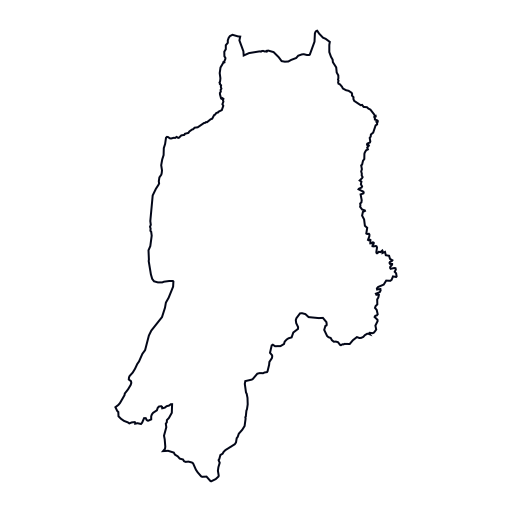 Quipile, Cundinamarca, Colombia
{"feature_id": "7082276B57635529739763", "entity_name": "Quipile", "entity_type": "district", "adm_level": 2, "iso_a3": "COL", "parent_name": "Colombia", "parent_adm1": "Cundinamarca", "projection": "orthographic", "projection_center": [-74.547, 4.71], "detail": "fine", "context": "isolated", "style": "outline", "palette": "ink", "viewbox_px": 512, "rotation_deg": 0, "n_neighbors": 0, "source": "geoboundaries", "source_scale": "gbopen_adm2", "svg_char_len": 6033}
<svg xmlns="http://www.w3.org/2000/svg" viewBox="0 0 512 512"><path d="M163.1,451.1L168.1,450.8L173.8,452.6L174.9,454.6L177.8,456.4L179.7,458.6L183.0,459.5L184.0,461.2L185.6,461.9L188.4,461.6L191.9,462.5L193.1,463.4L195.9,469.7L197.7,472.4L201.2,476.4L202.2,476.8L206.5,476.6L210.5,481.1L211.2,481.3L215.7,479.1L218.5,476.5L218.7,475.5L217.9,470.8L218.4,467.2L219.7,462.8L218.6,460.1L219.3,459.0L220.4,455.0L222.6,453.7L223.6,451.9L225.4,450.1L234.8,444.2L236.0,442.4L236.7,438.2L237.7,436.9L238.8,433.7L242.3,429.7L244.6,426.0L245.6,418.6L245.3,417.2L245.8,416.6L246.4,410.7L247.0,409.1L247.7,404.4L247.5,397.9L246.7,393.8L246.0,392.5L244.8,383.9L245.3,381.1L251.8,379.6L252.8,379.0L257.3,373.7L259.6,373.1L263.1,373.2L264.5,372.5L267.0,372.1L267.5,371.4L269.1,364.9L269.4,361.9L271.9,358.1L272.2,356.7L272.1,355.3L270.0,352.8L271.7,345.4L272.8,344.7L275.0,346.2L280.5,346.1L284.0,344.0L284.7,341.6L286.7,339.5L288.5,338.3L291.6,337.4L293.3,332.5L298.0,328.9L298.1,327.1L296.2,323.1L295.8,320.1L296.4,318.2L300.0,313.4L302.0,313.2L305.4,314.1L308.6,317.1L318.8,318.1L322.9,317.9L326.4,322.1L326.6,323.3L326.7,325.0L326.4,325.5L325.4,325.9L324.2,329.9L327.1,336.0L328.5,337.2L330.7,338.0L331.9,340.2L333.8,341.7L335.9,341.6L338.0,342.2L340.2,345.0L340.9,345.2L342.5,344.3L343.6,344.4L344.4,343.9L349.7,344.0L352.9,340.2L356.9,337.1L359.4,338.0L361.1,337.9L363.3,336.9L364.8,335.2L367.1,333.8L368.3,333.7L369.8,334.3L369.2,333.4L369.6,332.8L372.6,333.2L373.9,332.6L375.2,331.0L376.2,329.5L375.4,325.6L377.6,321.1L377.5,319.8L374.6,317.0L375.3,315.8L376.8,315.4L377.7,314.3L376.7,309.9L375.0,307.9L375.6,306.1L377.3,304.4L377.2,299.4L378.3,297.6L378.9,294.9L378.2,294.6L376.4,294.8L375.9,293.7L379.7,292.2L380.6,290.5L380.4,289.0L377.1,289.5L376.9,288.4L378.1,287.0L383.7,284.6L386.2,280.6L390.3,280.8L391.6,279.8L393.0,276.4L396.1,277.0L396.6,276.4L396.1,273.3L394.7,271.8L395.8,269.5L395.5,268.2L394.3,268.0L390.7,268.8L390.1,267.9L390.3,266.7L392.1,264.7L392.1,264.0L390.0,263.9L389.5,262.9L389.9,262.0L392.0,260.9L392.4,260.3L390.0,258.9L389.1,255.8L385.8,255.2L385.0,251.9L382.5,253.0L382.6,251.1L382.3,250.5L380.5,252.1L378.7,251.8L377.4,253.2L376.7,253.2L376.3,252.2L377.0,247.6L376.6,246.4L375.9,246.0L373.5,246.4L372.5,246.2L372.6,245.2L373.7,243.7L373.7,242.7L372.9,242.3L371.2,243.3L370.3,243.3L370.4,239.9L369.9,239.7L368.7,240.3L368.0,239.9L369.4,236.1L369.4,234.5L368.9,233.8L367.2,234.0L366.3,233.5L367.2,227.8L364.9,225.8L364.1,219.4L362.1,215.6L362.9,211.9L365.0,210.9L364.8,210.4L362.1,209.5L360.1,206.8L360.4,205.6L360.2,203.5L361.4,202.4L361.7,200.2L360.6,194.4L363.4,193.4L363.7,192.7L363.4,191.7L358.5,189.3L358.8,188.8L361.6,187.5L362.1,186.4L360.9,184.3L361.4,181.6L359.7,180.5L362.1,178.1L362.6,177.1L361.7,175.4L361.8,173.6L361.2,171.5L361.9,169.2L361.2,165.4L362.1,164.6L363.0,160.8L364.3,159.0L364.4,153.8L364.8,152.5L366.1,150.3L367.9,149.4L367.2,147.7L368.9,145.6L368.6,145.1L367.3,145.2L367.0,144.2L367.5,143.5L369.9,142.5L370.3,141.5L369.7,137.9L370.7,136.6L370.9,134.5L373.2,132.6L375.6,125.4L377.1,124.4L377.1,122.7L376.6,122.1L377.7,121.8L377.8,121.0L377.3,120.4L374.9,119.5L374.9,118.3L374.3,117.1L375.7,116.5L375.6,115.8L374.8,116.0L374.2,114.5L370.4,109.6L368.4,108.6L366.9,107.2L363.6,106.9L362.1,104.9L360.7,105.2L354.2,100.9L353.4,99.0L353.5,97.2L352.0,95.6L352.1,93.9L351.6,92.8L348.6,90.8L346.0,90.2L342.9,88.5L341.9,86.6L339.9,84.3L338.5,83.7L338.1,82.3L338.5,80.7L338.0,79.6L338.4,78.2L338.3,75.4L336.7,72.5L336.2,67.4L332.9,62.2L332.6,59.6L331.0,56.8L329.3,52.1L329.3,44.9L329.8,41.9L325.6,38.8L323.0,37.7L319.1,33.6L317.2,30.7L316.3,31.0L315.5,31.9L314.9,33.4L314.5,41.7L309.8,54.6L309.1,55.0L306.9,55.0L303.8,54.2L301.9,54.4L298.2,55.7L296.2,58.0L291.2,59.9L288.3,61.5L284.8,61.7L281.6,61.1L278.7,57.2L273.6,52.1L268.3,50.6L266.9,50.8L266.9,51.5L266.5,51.6L266.3,51.2L264.8,51.5L263.0,50.9L261.3,51.2L261.0,51.6L259.4,51.4L249.0,53.1L243.7,55.5L243.4,51.3L239.4,40.4L240.2,36.6L238.0,36.4L232.5,34.8L229.9,36.1L228.7,37.8L227.8,40.3L227.8,42.8L225.8,45.2L225.8,49.2L224.3,51.7L224.4,56.3L225.4,57.9L225.4,58.8L224.3,61.5L223.6,62.0L224.1,62.5L223.2,62.9L220.5,67.5L219.7,73.1L220.4,78.3L220.1,81.2L219.5,82.7L220.0,83.3L219.9,84.1L221.1,85.3L220.8,86.9L221.4,88.7L220.6,89.9L220.8,91.6L219.9,93.0L220.0,94.5L221.1,98.5L221.6,98.8L222.3,98.1L223.4,98.8L223.0,100.5L223.4,101.6L222.4,104.2L223.3,105.8L221.8,110.1L218.5,111.7L218.2,112.4L216.3,113.0L215.0,114.7L214.1,115.1L212.2,118.7L210.6,119.3L207.0,122.2L206.0,122.1L205.2,122.8L204.0,123.0L197.7,127.3L194.6,127.7L193.2,129.2L192.1,129.5L189.3,131.5L188.4,132.9L184.9,133.8L184.3,134.9L181.3,135.4L179.0,137.7L178.2,137.9L176.6,136.9L175.2,137.9L173.7,137.8L171.1,138.5L170.0,138.4L167.9,137.0L166.9,136.9L166.0,137.8L165.1,144.0L163.8,148.1L163.6,155.1L162.2,159.5L161.2,165.2L162.0,170.4L161.7,173.1L161.3,174.7L159.4,177.4L158.8,181.3L159.1,183.4L158.6,184.6L155.9,188.8L152.7,195.4L150.3,221.1L150.8,224.8L150.0,226.8L150.6,228.5L150.4,230.8L151.2,231.8L151.7,235.7L150.3,246.1L148.5,250.3L148.9,259.5L148.7,261.1L150.9,274.4L152.2,278.9L154.0,281.3L157.9,282.4L162.2,282.4L164.0,281.7L169.2,281.0L172.9,281.0L173.4,281.5L173.1,286.7L168.6,297.8L165.9,302.6L165.0,307.7L162.0,317.1L151.3,330.6L148.9,335.5L145.1,350.1L142.4,353.8L139.0,361.5L137.3,363.9L135.0,368.8L132.7,372.6L129.6,376.0L129.0,377.4L128.8,379.5L131.0,381.2L131.3,382.9L130.7,384.9L128.0,389.4L124.8,393.5L124.5,395.2L120.0,403.0L118.4,404.9L115.4,407.2L117.2,410.9L118.3,412.0L118.5,416.3L121.0,418.8L124.0,420.9L127.9,422.4L129.3,423.4L131.8,422.4L134.8,422.1L135.2,422.6L135.2,423.7L137.5,423.2L141.0,424.0L142.1,422.7L144.1,418.1L145.7,418.1L146.6,419.9L147.5,420.6L148.2,420.7L151.2,419.4L151.2,416.3L151.9,414.4L153.1,412.8L156.9,410.3L157.7,407.9L158.8,406.6L161.2,406.2L162.0,406.8L162.2,408.3L162.8,408.2L164.9,407.6L166.6,406.2L169.0,405.6L170.9,404.2L172.1,404.2L171.8,412.8L168.9,418.0L166.9,420.1L166.8,422.3L165.8,423.7L166.3,427.2L164.0,435.7L164.7,439.3L165.3,446.7L165.0,448.8L163.1,451.1Z" fill="none" stroke="#020617" stroke-width="2"/></svg>